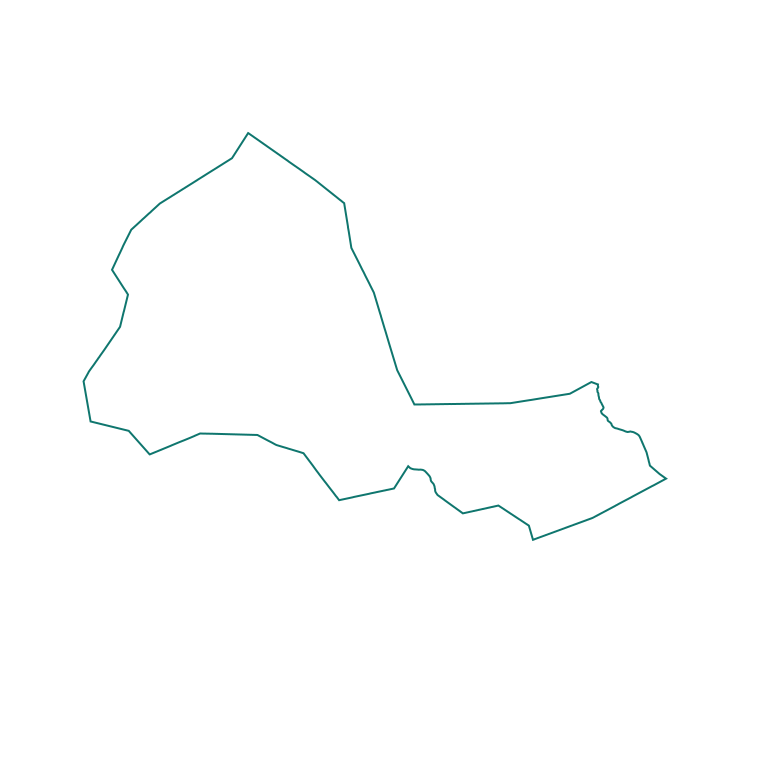 outline of Tu'devtei, Dzavhan, Mongolia, rotated 296°
{"feature_id": "93677404B13111069178449", "entity_name": "Tu'devtei", "entity_type": "district", "adm_level": 2, "iso_a3": "MNG", "parent_name": "Mongolia", "parent_adm1": "Dzavhan", "projection": "albers", "projection_center": [96.497, 48.852], "detail": "fine", "context": "isolated", "style": "outline", "palette": "teal", "viewbox_px": 768, "rotation_deg": 296, "n_neighbors": 0, "source": "geoboundaries", "source_scale": "gbopen_adm2", "svg_char_len": 4253}
<svg xmlns="http://www.w3.org/2000/svg" viewBox="0 0 768 768"><g transform="rotate(296 384 384)"><path d="M230.0,175.1L218.0,204.2L218.0,204.3L235.2,219.6L235.5,219.8L242.4,225.9L243.9,227.3L244.4,227.7L245.1,228.4L250.6,233.3L254.4,236.6L254.5,236.6L256.2,238.1L258.9,240.4L260.2,243.3L260.4,243.7L264.3,252.1L282.7,292.6L282.3,303.9L282.2,308.8L282.0,312.7L282.0,314.1L283.1,320.9L283.8,324.9L283.9,325.8L285.9,338.0L286.5,342.0L279.7,355.3L279.4,355.9L278.3,357.9L278.0,358.5L276.6,361.1L275.0,364.3L274.5,365.2L274.0,366.2L273.7,366.8L270.0,374.2L270.0,374.3L267.7,378.9L266.8,380.7L264.5,385.4L264.1,386.2L262.0,390.3L261.8,390.9L259.9,394.6L268.5,405.6L269.3,406.5L278.7,418.6L279.7,419.8L280.2,420.4L280.8,421.2L282.8,423.8L283.3,424.4L287.4,429.7L287.9,430.3L288.7,431.4L289.1,431.9L290.1,433.1L290.5,433.7L294.5,438.8L320.7,441.8L320.0,444.1L319.9,444.9L320.0,445.7L320.0,445.9L320.1,446.9L320.5,448.5L320.9,449.4L321.9,451.9L322.2,452.8L323.0,454.2L323.5,455.6L323.8,456.7L323.8,457.8L323.7,458.8L323.6,459.1L323.3,460.0L322.3,462.6L321.2,465.2L320.3,466.5L319.5,467.3L318.3,468.0L317.7,468.6L317.3,469.0L317.0,469.6L316.6,470.6L315.9,472.3L315.3,473.0L314.7,473.7L313.7,474.6L312.7,475.2L312.4,475.5L312.1,475.8L311.4,476.3L310.4,476.8L309.6,477.6L309.1,478.3L307.7,480.8L306.3,488.9L306.2,489.2L305.2,494.9L302.3,511.6L324.9,540.1L320.2,576.3L309.3,586.2L355.0,630.1L375.9,645.3L376.4,645.6L378.0,646.8L378.8,647.3L386.9,653.2L387.4,653.6L388.0,654.0L389.9,655.4L390.5,655.8L390.7,656.0L391.5,656.5L410.3,670.1L410.6,670.4L422.6,679.0L423.9,671.2L427.2,658.8L428.0,658.1L428.9,657.4L430.8,655.7L431.4,655.3L437.7,649.9L440.6,646.5L442.9,643.8L443.3,643.4L444.4,642.0L444.5,642.0L447.6,638.3L448.2,637.6L448.9,636.7L449.4,635.8L449.7,635.1L450.0,633.3L450.1,631.0L450.1,629.8L449.9,628.4L449.6,627.5L449.3,626.2L448.7,625.5L447.7,624.1L447.5,623.4L447.3,622.3L447.2,621.4L447.2,620.4L447.1,619.1L446.9,617.7L446.4,614.8L446.3,613.8L446.1,612.7L445.9,612.0L445.7,611.1L445.7,610.3L445.8,609.5L445.9,608.8L446.3,607.7L447.0,606.6L447.8,605.9L448.3,604.9L448.7,603.7L448.8,602.9L448.9,602.3L449.0,601.7L449.3,601.1L449.8,600.7L450.3,600.4L450.9,600.0L451.5,599.2L451.9,597.5L452.7,593.5L453.4,592.1L453.9,591.7L454.4,591.2L454.7,590.9L455.0,590.9L455.6,591.1L456.8,591.5L457.0,591.6L457.5,591.8L458.3,591.8L458.6,591.7L458.9,591.7L459.3,591.5L459.6,591.1L459.9,590.7L460.2,590.3L460.7,589.6L461.1,589.1L461.5,588.5L461.9,588.1L462.4,587.4L462.6,587.0L462.9,586.4L463.3,586.0L463.8,585.6L464.1,585.3L464.4,584.7L464.7,584.2L465.1,583.8L465.6,583.5L466.5,582.9L467.0,582.4L467.6,581.9L468.5,581.3L469.2,581.0L469.7,580.6L469.9,580.3L470.3,579.7L470.5,579.3L470.9,579.1L471.2,579.0L471.6,578.8L471.9,578.5L472.1,578.3L472.4,578.1L472.6,577.9L472.8,577.8L473.2,577.7L473.5,577.7L474.4,578.0L474.9,578.0L475.4,577.8L475.6,577.6L475.8,577.3L476.3,576.9L476.9,576.7L477.0,576.6L477.4,576.5L477.3,575.8L476.7,569.6L476.5,569.4L456.7,555.3L439.4,530.6L433.8,522.7L433.7,522.5L429.6,516.6L423.7,508.2L422.1,505.9L420.6,502.9L419.1,500.0L403.0,468.1L395.3,452.9L395.2,452.6L382.2,426.9L378.9,420.3L383.3,414.6L394.2,400.3L402.2,389.8L421.8,371.6L432.7,361.6L433.4,360.9L443.5,351.6L443.8,351.4L446.1,349.2L461.7,334.8L467.1,327.7L467.6,327.1L473.1,319.8L473.5,319.3L474.1,318.5L474.3,318.3L476.0,316.1L476.9,314.8L480.6,310.0L481.0,309.5L492.0,295.0L505.7,285.4L509.1,282.9L509.7,282.6L529.1,268.9L529.3,267.7L529.5,266.8L530.0,264.8L530.1,264.1L537.1,232.6L539.1,219.9L539.2,219.6L539.6,217.2L542.2,200.5L542.3,200.3L550.0,152.0L550.0,151.9L520.3,148.4L511.3,142.8L511.1,142.7L508.7,141.2L494.9,132.6L494.4,132.3L486.2,127.2L485.5,126.8L447.9,103.4L437.5,99.3L436.0,98.8L434.0,97.9L432.2,97.2L428.1,95.6L426.9,95.1L425.7,94.6L424.8,94.3L411.9,89.2L395.9,89.0L393.7,89.0L393.1,89.0L392.1,89.1L391.5,89.1L386.1,89.2L384.1,89.2L367.4,89.5L356.4,107.6L353.6,112.4L353.5,112.5L353.3,112.7L353.2,113.0L352.9,113.5L352.1,114.7L335.1,118.4L334.8,118.4L319.7,121.7L291.9,117.6L285.3,116.5L284.7,116.4L283.6,116.3L282.8,116.1L282.2,116.0L281.6,115.9L280.0,115.7L278.4,115.4L273.8,114.7L271.1,114.2L269.4,113.9L268.2,113.7L265.7,113.3L264.7,113.3L254.8,112.8L254.7,112.8L221.7,136.7L230.0,175.1L230.0,175.1Z" fill="none" stroke="#0f766e" stroke-width="2"/></g></svg>